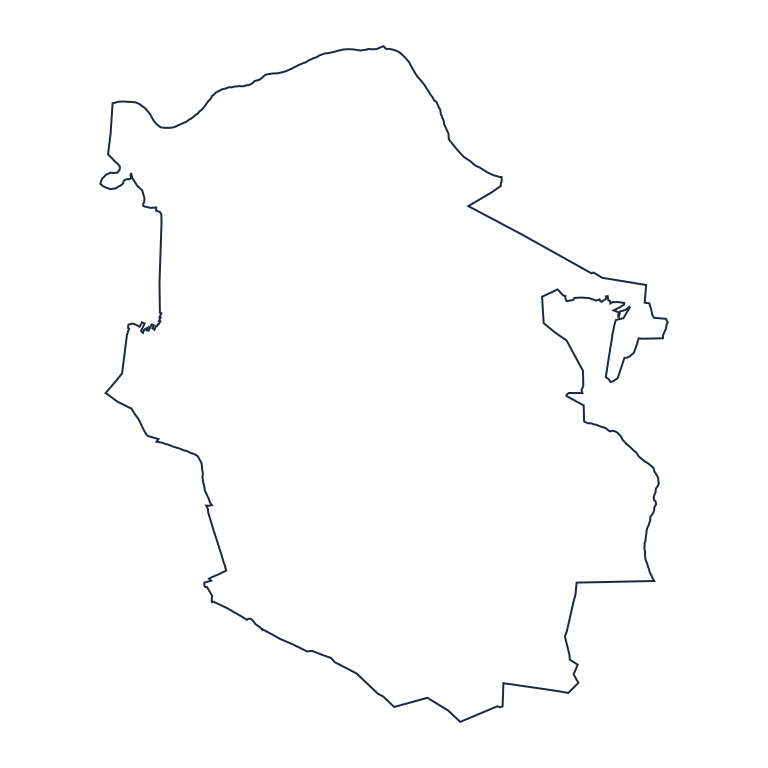 the district of San Fernando, Chiapas, Mexico
{"feature_id": "50627088B48755105590570", "entity_name": "San Fernando", "entity_type": "district", "adm_level": 2, "iso_a3": "MEX", "parent_name": "Mexico", "parent_adm1": "Chiapas", "projection": "mercator", "projection_center": [-93.215, 16.914], "detail": "fine", "context": "isolated", "style": "outline", "palette": "slate", "viewbox_px": 768, "rotation_deg": 0, "n_neighbors": 0, "source": "geoboundaries", "source_scale": "gbopen_adm2", "svg_char_len": 6028}
<svg xmlns="http://www.w3.org/2000/svg" viewBox="0 0 768 768"><path d="M654.2,581.0L653.5,579.6L652.7,578.6L651.4,575.0L650.2,573.4L647.0,563.2L645.5,559.5L645.2,557.4L644.9,551.0L644.3,548.0L644.7,546.3L644.5,543.3L645.4,541.2L646.7,530.1L647.6,527.1L648.9,524.9L649.4,522.5L650.2,520.5L650.3,517.7L650.6,516.4L652.3,514.3L653.5,512.0L654.2,510.0L654.3,507.4L656.1,504.3L655.6,501.4L654.0,499.9L653.7,497.8L654.3,495.1L655.5,492.5L655.7,490.1L656.1,488.3L658.5,484.9L658.7,482.8L658.3,480.9L658.2,478.1L656.7,475.2L654.4,471.5L653.5,467.9L648.3,463.5L644.4,461.2L638.8,456.5L636.5,452.8L634.0,450.8L630.0,446.9L626.6,444.1L622.5,439.6L621.1,436.5L619.3,434.8L617.2,432.5L614.5,431.1L612.3,430.8L611.0,431.2L609.6,431.3L607.7,429.8L605.2,427.9L603.0,427.2L601.0,426.7L595.5,424.5L594.2,424.5L591.6,423.4L587.8,423.2L584.1,421.5L583.7,405.4L566.6,396.1L566.6,394.8L568.7,393.0L582.4,393.1L581.5,390.1L583.3,386.0L583.0,370.8L566.5,340.4L555.2,332.6L543.7,323.2L542.7,307.9L542.1,296.7L557.6,289.4L563.2,295.5L565.4,296.0L565.4,298.5L566.6,301.1L573.2,300.0L574.4,297.9L582.0,297.6L589.1,298.1L596.2,300.6L599.6,299.4L600.1,300.8L600.6,301.1L601.3,301.7L601.8,301.8L604.6,299.7L605.7,299.1L606.2,298.0L606.0,296.5L606.1,296.3L606.8,296.4L607.6,296.1L608.3,300.3L609.9,300.9L610.4,303.5L612.9,301.9L614.4,302.2L617.3,302.0L624.2,302.9L623.9,304.8L619.3,307.5L613.6,310.4L618.2,312.1L618.8,313.2L618.2,315.2L618.6,317.9L620.1,311.5L625.5,309.9L629.3,306.8L629.8,307.5L623.4,318.2L619.4,319.1L615.8,320.1L614.1,326.0L612.8,333.0L612.2,335.0L612.2,336.6L608.8,357.6L605.8,377.1L608.7,379.2L610.4,381.9L613.0,381.4L617.8,378.0L624.3,358.2L627.6,357.4L629.8,356.3L633.9,352.8L636.8,344.7L638.6,338.4L642.8,338.7L662.9,338.3L663.0,335.4L665.8,329.0L666.6,324.7L667.7,322.3L665.9,318.8L654.0,317.8L652.2,314.5L651.1,309.2L649.3,303.3L644.7,302.7L646.1,285.0L602.2,277.8L594.8,273.3L593.0,272.6L591.4,273.3L522.6,234.9L468.3,206.1L491.6,192.4L500.8,185.9L500.8,183.0L501.5,182.1L501.7,180.4L501.6,177.1L499.1,176.8L493.1,175.1L487.4,172.4L483.9,170.3L480.0,167.7L475.3,165.6L470.7,161.5L463.9,157.0L457.4,150.0L448.8,139.3L448.5,133.5L447.2,131.0L444.6,125.2L444.1,123.6L443.7,121.0L443.2,119.6L442.2,117.5L441.9,116.2L440.9,114.4L440.3,110.1L440.1,109.5L438.8,107.3L436.6,102.2L435.4,101.0L434.2,100.5L433.8,99.8L433.0,97.9L430.4,94.5L429.2,92.3L423.7,83.9L417.2,76.3L415.2,73.3L414.4,71.7L412.2,68.2L411.5,66.5L410.5,65.0L409.2,62.5L407.9,60.7L403.8,56.2L400.2,52.9L396.8,50.9L392.8,49.6L389.1,48.9L385.9,48.9L383.6,46.1L376.5,49.1L371.7,49.3L368.2,49.0L366.2,49.7L360.5,50.5L353.2,49.4L347.4,49.2L343.2,49.5L341.8,49.9L340.4,50.1L334.7,51.7L328.5,53.1L324.6,53.5L319.7,55.3L318.3,56.0L317.1,57.0L315.8,57.5L313.2,58.3L311.5,59.2L310.7,59.5L308.2,60.7L307.5,61.3L305.4,62.5L303.3,63.1L299.0,64.9L292.7,68.0L292.0,68.6L286.0,71.1L282.4,72.2L277.6,73.3L272.6,73.5L266.8,74.4L265.9,74.8L264.7,75.3L262.9,77.0L260.1,79.4L257.2,80.4L255.4,80.8L254.1,81.4L253.0,82.7L251.7,83.7L248.6,85.2L246.4,85.2L245.4,85.8L242.4,86.3L240.9,86.3L239.9,86.1L238.1,86.3L235.4,86.4L234.1,86.7L233.3,87.0L231.7,87.4L230.2,87.2L228.3,87.5L225.5,88.6L222.0,89.3L220.7,90.1L220.2,90.6L219.0,90.8L217.8,91.6L216.7,92.0L215.4,93.0L214.3,94.3L213.4,95.1L212.1,95.8L212.1,96.0L210.1,99.5L208.8,100.5L203.5,107.8L202.3,109.1L200.6,110.6L199.7,111.2L197.6,113.7L195.5,115.0L193.9,116.5L191.0,118.7L190.1,119.2L189.7,119.2L187.7,120.8L185.7,122.1L183.4,122.9L182.8,123.3L178.4,125.2L176.1,126.4L173.3,127.4L168.7,127.9L165.7,127.9L161.6,127.5L160.0,126.9L156.7,124.2L154.6,121.9L153.7,120.7L152.9,119.2L151.8,117.5L150.3,114.5L148.2,111.8L145.4,108.5L139.2,103.9L137.3,103.1L135.3,102.3L131.8,102.0L126.0,101.7L123.9,101.5L118.9,101.7L112.6,103.3L110.6,133.5L108.0,154.4L112.4,158.7L114.9,161.5L117.7,163.8L119.9,166.5L119.7,169.7L117.5,172.6L114.4,173.0L110.7,172.7L106.1,174.7L102.0,178.8L100.3,183.9L102.9,186.1L106.5,187.8L110.3,189.1L115.6,188.4L119.0,186.3L121.5,185.0L123.1,183.3L123.8,180.7L125.3,179.7L126.6,179.2L128.9,179.3L130.5,178.7L131.0,177.2L130.5,175.2L131.0,173.0L132.4,178.2L137.2,185.7L142.3,190.5L142.5,191.5L144.5,198.3L144.3,201.7L143.6,203.0L143.0,204.8L143.4,206.0L144.6,206.5L150.7,207.9L156.2,207.5L156.1,210.6L159.8,211.9L161.4,214.5L161.5,223.5L159.5,282.2L159.9,312.6L161.4,313.3L159.5,317.1L160.6,317.5L159.0,321.0L160.3,321.3L158.5,324.4L157.8,324.3L156.9,326.2L156.2,326.0L154.3,329.8L152.3,328.2L153.9,325.4L153.5,325.1L151.7,324.4L150.3,326.9L148.6,330.7L146.7,330.2L147.6,327.7L144.2,329.6L143.6,331.3L143.2,331.9L143.0,332.8L141.6,331.8L141.2,330.8L141.8,329.3L144.6,323.5L142.0,322.3L139.5,326.8L136.4,325.0L134.0,324.0L132.3,323.6L128.4,324.6L128.0,327.9L129.1,328.7L127.0,334.4L122.1,373.4L114.1,383.2L105.6,393.1L106.9,393.9L117.5,401.7L131.4,408.6L135.2,414.7L138.6,419.2L143.8,430.1L145.3,432.8L147.2,435.4L148.4,436.1L158.5,439.1L156.5,441.7L161.6,442.6L165.4,443.9L168.1,444.6L172.8,446.5L179.8,448.6L184.6,450.7L185.4,450.5L190.0,452.5L191.2,453.2L194.6,454.2L197.8,456.3L200.6,461.3L201.7,463.7L202.2,469.7L202.9,473.5L202.4,477.0L202.6,477.6L202.9,481.0L204.6,488.1L204.8,490.3L208.8,499.0L210.0,502.5L211.8,505.2L209.1,505.7L206.2,505.6L207.8,508.7L208.3,512.8L213.2,529.0L213.9,531.8L214.5,533.0L221.1,553.7L223.9,563.1L225.2,566.1L225.0,566.5L226.2,570.6L218.4,574.4L210.7,577.7L209.1,578.7L211.1,580.7L204.3,582.6L204.4,585.6L205.5,587.1L207.0,587.0L212.0,595.6L211.7,601.8L212.0,602.0L212.3,601.2L226.8,608.0L241.4,616.4L246.8,619.8L248.5,618.8L249.3,618.7L250.5,618.7L252.8,620.5L255.6,624.3L259.8,627.1L262.2,629.7L262.4,629.2L264.9,630.6L273.0,634.9L279.8,638.8L292.0,644.0L303.2,649.5L306.6,651.3L307.4,651.4L309.8,651.1L312.5,651.0L322.0,654.8L331.0,658.0L334.8,662.2L356.6,673.5L377.7,693.6L383.1,696.4L394.2,707.0L427.3,697.8L448.0,710.4L460.2,721.9L497.3,706.3L500.1,707.3L502.6,706.4L503.4,683.2L557.1,691.0L568.3,692.9L578.4,682.9L573.6,674.4L577.7,664.7L569.8,659.6L569.4,654.7L564.9,636.5L566.9,631.0L573.2,603.1L575.5,594.4L576.6,582.6L654.2,581.0Z" fill="none" stroke="#1e293b" stroke-width="2"/></svg>